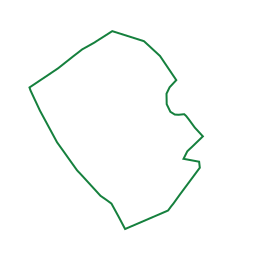 Ad Du'ayn, Eastern Darfur, Sudan, rotated 236°
{"feature_id": "16777658B96658977374271", "entity_name": "Ad Du'ayn", "entity_type": "district", "adm_level": 2, "iso_a3": "SDN", "parent_name": "Sudan", "parent_adm1": "Eastern Darfur", "projection": "mercator", "projection_center": [26.189, 11.412], "detail": "fine", "context": "isolated", "style": "outline", "palette": "green", "viewbox_px": 256, "rotation_deg": 236, "n_neighbors": 0, "source": "geoboundaries", "source_scale": "gbopen_adm2", "svg_char_len": 820}
<svg xmlns="http://www.w3.org/2000/svg" viewBox="0 0 256 256"><g transform="rotate(236 128 128)"><path d="M217.6,150.4L217.6,148.1L218.8,134.1L218.0,121.8L216.6,103.6L216.6,94.9L216.7,69.0L214.1,68.3L213.8,68.2L203.8,66.6L202.4,66.4L191.6,64.7L156.0,61.2L155.3,61.2L145.2,61.5L132.4,61.8L121.5,62.1L118.8,62.5L118.6,62.6L108.0,64.2L88.4,67.1L87.1,67.3L80.7,69.8L74.6,72.0L59.5,70.6L45.9,69.1L37.3,114.5L37.2,115.1L38.9,119.9L39.9,123.2L43.9,134.0L54.9,165.3L59.5,167.7L60.3,168.1L71.4,156.8L75.5,164.1L76.1,167.4L76.4,169.5L76.5,170.1L79.2,185.4L91.0,183.6L101.6,183.2L105.6,182.9L108.0,182.3L110.7,177.3L113.0,174.3L117.5,172.3L117.8,172.2L126.1,173.4L134.9,179.1L138.5,185.3L140.7,194.8L162.1,194.8L168.8,194.8L169.8,194.8L191.0,189.8L217.1,169.1L217.6,150.4Z" fill="none" stroke="#15803d" stroke-width="2"/></g></svg>